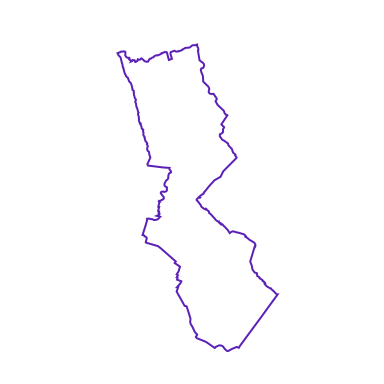 the district of Monterrey, Nuevo León, Mexico, rotated 197°
{"feature_id": "50627088B99377367762424", "entity_name": "Monterrey", "entity_type": "district", "adm_level": 2, "iso_a3": "MEX", "parent_name": "Mexico", "parent_adm1": "Nuevo León", "projection": "orthographic", "projection_center": [-100.3, 25.64], "detail": "fine", "context": "isolated", "style": "outline", "palette": "violet", "viewbox_px": 384, "rotation_deg": 197, "n_neighbors": 0, "source": "geoboundaries", "source_scale": "gbopen_adm2", "svg_char_len": 6078}
<svg xmlns="http://www.w3.org/2000/svg" viewBox="0 0 384 384"><g transform="rotate(197 192 192)"><path d="M91.8,123.3L93.8,124.1L95.0,124.9L95.4,125.2L95.1,125.5L95.3,126.3L95.8,126.6L96.4,126.5L96.8,127.2L97.3,127.5L97.6,127.6L98.3,127.5L98.7,127.8L98.8,128.3L99.3,128.5L100.1,128.7L100.8,129.1L101.4,129.0L102.0,129.2L102.0,129.6L103.2,130.4L104.9,130.6L105.2,131.4L105.8,132.0L105.9,132.9L106.3,133.4L108.5,133.3L111.2,135.3L112.2,136.8L112.9,138.5L116.0,142.5L116.1,157.2L116.1,157.3L115.8,157.3L115.6,158.5L115.9,158.5L115.8,159.1L116.0,159.3L116.1,160.5L117.8,161.8L123.3,163.2L125.7,164.3L127.9,164.8L127.6,165.5L128.8,166.3L130.1,166.7L134.8,166.7L137.4,166.5L141.2,166.4L141.9,166.1L143.0,165.0L143.9,163.7L147.1,166.4L148.6,167.1L149.8,167.9L150.5,168.4L151.3,168.6L153.6,170.0L154.4,169.4L154.7,169.8L155.4,169.9L155.4,170.0L155.6,169.9L156.1,170.0L157.0,170.6L156.8,170.9L157.4,171.1L157.6,171.4L157.7,171.2L159.5,171.6L161.3,172.3L162.4,173.2L168.2,176.6L168.9,176.6L169.2,176.7L169.9,177.6L170.0,178.1L171.2,178.8L172.2,179.1L172.8,179.4L173.5,179.5L173.4,179.9L173.8,180.1L174.2,179.3L174.7,179.3L175.9,179.6L178.4,180.5L179.2,181.2L180.3,182.5L181.0,182.8L183.0,184.3L184.4,185.2L185.1,185.5L185.4,186.1L184.9,187.3L183.9,189.0L183.7,189.3L182.8,188.8L182.6,189.1L183.7,189.6L182.7,191.2L180.8,193.4L181.0,193.5L180.9,193.7L180.2,194.9L180.3,195.7L179.9,196.1L177.4,202.5L173.9,209.8L169.1,215.0L168.2,220.9L159.6,237.2L159.4,237.7L159.4,238.0L161.5,239.7L161.3,240.3L161.4,240.5L164.1,241.6L165.5,243.3L165.8,244.1L166.6,244.8L170.8,247.3L171.7,248.9L176.7,250.6L178.1,250.7L181.7,253.4L182.2,255.3L181.1,256.3L179.9,258.0L180.0,259.1L180.7,260.9L180.6,261.6L180.2,263.0L180.2,263.4L183.6,265.1L183.4,266.3L180.6,275.7L181.3,276.0L182.3,275.9L184.0,277.0L185.2,278.9L193.0,282.8L195.9,285.6L196.0,286.1L195.5,287.4L195.5,288.2L195.9,288.8L200.2,292.2L201.7,291.4L203.9,291.4L204.9,292.0L205.4,292.8L205.6,295.6L206.6,297.0L207.5,297.7L213.5,300.8L215.5,306.1L218.3,309.6L219.3,311.4L219.2,312.9L217.7,313.8L217.3,315.5L217.4,316.7L218.1,317.9L219.7,318.9L222.6,319.8L223.3,320.2L227.7,329.0L227.4,329.4L228.1,331.4L229.6,332.8L230.2,334.5L232.1,333.2L233.3,332.9L234.6,332.3L236.2,329.9L236.7,329.4L240.7,327.7L242.2,325.9L242.8,325.6L243.0,324.8L245.6,322.8L246.0,322.9L246.3,322.5L248.1,321.6L248.5,321.6L249.6,321.9L250.2,321.9L251.8,320.7L252.1,320.3L253.2,319.6L253.2,318.1L250.1,313.5L252.7,311.5L256.9,318.2L258.6,318.0L259.0,317.7L259.1,317.8L260.0,316.9L260.5,316.6L261.3,315.7L261.6,315.9L262.5,314.5L263.8,313.4L264.3,313.1L264.7,312.6L266.1,312.3L267.1,311.5L267.6,311.0L268.3,309.6L269.4,308.8L270.0,308.1L270.3,307.5L271.0,307.3L271.6,306.4L272.2,303.8L273.7,303.3L275.6,303.2L277.3,304.2L277.8,304.4L278.7,304.8L279.5,305.0L279.8,304.7L280.2,303.7L280.6,303.2L281.3,303.0L282.6,303.1L282.7,302.5L282.5,301.4L284.0,299.8L284.4,299.8L285.1,300.8L285.2,301.1L286.1,301.1L286.8,300.7L287.4,300.8L287.6,299.6L288.1,299.2L288.0,299.5L288.1,299.8L289.6,299.8L290.1,300.2L290.4,300.6L290.5,300.5L290.8,300.4L290.9,300.5L290.9,301.7L291.1,301.8L291.4,302.0L292.1,301.6L293.0,301.5L294.4,301.9L295.8,303.1L296.0,304.4L296.2,304.8L296.6,306.4L297.2,306.7L297.8,306.7L298.4,306.5L299.3,305.9L300.2,305.9L300.9,305.5L302.0,304.3L302.4,304.2L302.8,303.9L303.1,303.4L303.8,303.0L302.1,301.1L300.2,300.2L299.3,299.3L296.9,295.1L295.9,293.8L294.5,290.9L294.1,290.9L292.4,287.9L291.5,286.5L290.7,285.6L290.4,285.1L289.4,284.3L288.8,283.3L286.6,282.4L286.5,282.1L284.3,279.3L282.4,278.3L281.0,276.5L279.1,273.2L279.1,272.8L279.0,272.5L278.5,272.2L277.2,271.6L277.0,270.9L276.9,270.4L276.6,270.2L276.5,269.3L276.0,268.1L275.1,266.8L274.0,264.9L272.8,264.2L272.5,263.4L272.7,262.6L272.7,262.0L272.2,261.0L271.6,260.5L270.0,257.1L269.2,256.5L266.7,252.5L266.3,252.3L266.5,251.6L266.2,250.1L265.2,249.0L263.9,246.0L263.8,245.0L262.6,243.3L261.6,242.8L261.7,242.2L261.1,242.3L260.9,242.2L260.9,241.6L260.1,240.5L259.4,239.7L258.7,238.1L258.4,237.8L257.3,237.6L256.7,237.1L256.7,235.7L255.9,234.9L255.7,234.3L255.2,232.3L254.6,231.6L253.8,231.2L253.5,230.5L253.3,230.5L252.9,230.0L252.8,229.1L251.2,226.9L250.1,226.4L248.9,225.2L248.9,224.9L249.1,224.5L249.0,224.4L247.7,223.0L247.6,222.0L247.7,221.0L247.2,219.3L246.3,218.4L245.2,218.0L244.8,217.7L243.6,215.1L242.3,213.4L241.9,212.6L242.8,205.6L241.9,204.4L226.9,207.0L220.5,208.5L220.5,207.8L220.0,206.9L218.6,206.0L217.9,205.1L217.8,204.6L219.0,203.5L219.4,202.7L219.4,200.3L218.9,199.1L218.8,197.7L219.2,196.7L219.8,195.8L220.2,195.1L220.7,192.4L220.7,191.8L220.4,190.6L220.0,190.0L219.4,189.6L217.5,189.2L217.2,189.0L217.1,187.9L216.8,187.5L216.6,187.0L216.6,185.5L216.8,185.2L218.4,184.0L219.7,184.0L221.0,183.4L221.6,182.8L221.6,182.1L221.5,181.7L220.8,181.1L218.0,179.2L217.3,178.5L217.1,177.6L217.2,177.0L217.4,176.7L218.2,176.0L218.3,175.8L219.7,174.4L220.3,174.0L220.9,173.9L220.9,173.7L220.9,173.4L220.3,173.1L220.5,173.0L220.2,172.8L219.9,168.0L219.0,168.1L218.9,164.3L218.7,163.8L217.8,163.8L217.8,162.3L217.0,162.2L216.8,162.0L216.6,161.5L216.7,161.1L217.1,160.8L216.9,160.5L218.7,158.9L215.2,159.0L216.4,156.5L217.0,155.7L219.3,154.3L220.4,154.1L221.9,154.4L222.9,154.1L224.8,154.1L225.9,153.8L227.2,153.2L226.7,152.3L226.6,146.9L226.7,136.4L225.9,136.4L225.1,136.5L224.4,135.8L222.7,135.5L221.7,134.6L221.6,130.6L221.5,130.3L221.2,130.1L208.8,130.3L205.6,129.1L187.2,120.8L187.8,119.0L181.7,117.1L181.6,112.2L181.8,111.4L182.6,108.8L181.1,108.3L181.7,106.0L181.0,106.0L180.7,105.8L180.7,103.8L176.1,103.5L176.4,101.4L178.5,96.6L177.4,96.9L177.6,92.3L165.7,80.9L163.7,81.1L156.5,70.6L156.0,68.8L156.0,67.9L155.7,67.0L154.5,65.2L152.1,63.1L148.7,59.3L147.3,58.2L145.5,57.3L145.3,57.0L145.5,56.0L146.0,54.6L145.8,54.4L144.6,53.6L134.9,52.8L124.6,49.5L123.8,51.0L122.8,51.9L121.6,53.0L120.8,53.4L119.6,53.7L118.1,53.6L117.1,53.3L115.7,52.2L114.4,51.3L112.1,50.3L111.3,50.3L110.8,50.6L107.9,53.6L104.2,56.7L103.7,56.9L101.7,56.7L101.7,57.0L100.5,60.8L89.5,92.0L80.2,119.0L80.5,118.9L82.0,119.4L86.2,121.7L87.5,122.1L88.2,122.8L88.4,122.7L91.8,123.3Z" fill="none" stroke="#5b21b6" stroke-width="2"/></g></svg>